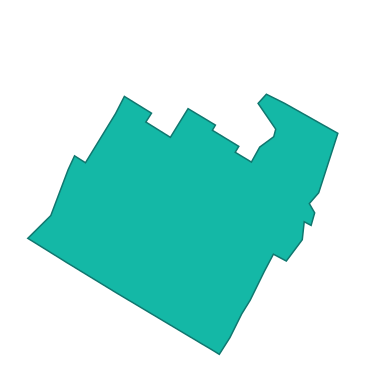 the district of Tioga, New York, United States of America, rotated 31°
{"feature_id": "52423323B79140225975519", "entity_name": "Tioga", "entity_type": "district", "adm_level": 2, "iso_a3": "USA", "parent_name": "United States of America", "parent_adm1": "New York", "projection": "robinson", "projection_center": [-76.287, 42.204], "detail": "fine", "context": "isolated", "style": "filled", "palette": "teal", "viewbox_px": 384, "rotation_deg": 31, "n_neighbors": 0, "source": "geoboundaries", "source_scale": "gbopen_adm2", "svg_char_len": 697}
<svg xmlns="http://www.w3.org/2000/svg" viewBox="0 0 384 384"><g transform="rotate(31 192 192)"><path d="M225.9,68.3L205.4,69.9L203.0,82.0L231.4,95.0L233.6,102.5L226.9,118.6L227.5,135.8L208.6,135.7L208.6,128.8L177.7,128.6L177.6,122.6L145.7,122.6L145.3,156.3L116.4,155.8L116.7,145.3L84.8,144.9L86.1,164.2L85.6,221.8L72.7,221.5L74.3,236.5L83.1,284.9L75.1,316.3L117.0,316.9L120.2,317.0L122.4,317.0L178.0,317.4L181.1,317.4L279.4,317.1L286.5,317.0L290.2,317.0L299.0,317.1L299.5,297.2L297.4,270.9L297.6,254.8L294.9,223.0L293.8,203.4L308.4,202.6L311.1,176.1L303.5,159.7L311.3,159.3L307.9,146.7L298.5,141.5L301.0,127.4L286.8,66.6L225.9,68.3Z" fill="#14b8a6" stroke="#0f766e" stroke-width="1.5"/></g></svg>